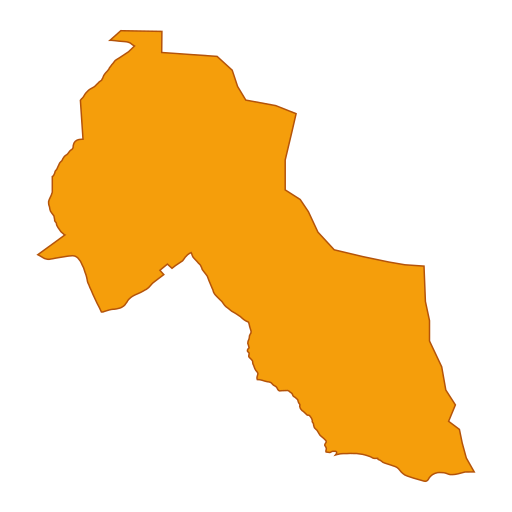 Kwadaso Municipal, Ashanti, Ghana (Albers equal-area conic projection)
{"feature_id": "2480657B94630675221037", "entity_name": "Kwadaso Municipal", "entity_type": "district", "adm_level": 2, "iso_a3": "GHA", "parent_name": "Ghana", "parent_adm1": "Ashanti", "projection": "albers", "projection_center": [-1.664, 6.667], "detail": "fine", "context": "isolated", "style": "filled", "palette": "amber", "viewbox_px": 512, "rotation_deg": 0, "n_neighbors": 0, "source": "geoboundaries", "source_scale": "gbopen_adm2", "svg_char_len": 5787}
<svg xmlns="http://www.w3.org/2000/svg" viewBox="0 0 512 512"><path d="M474.2,471.9L466.3,458.0L462.2,443.0L459.4,429.4L448.6,421.3L455.4,404.9L445.8,390.0L441.7,366.8L429.5,341.0L429.5,320.6L425.4,301.5L424.0,266.1L405.0,264.8L388.7,262.0L362.8,256.6L334.2,249.8L317.9,232.1L308.4,211.7L300.2,199.5L285.2,189.9L285.2,160.0L292.0,131.4L296.1,113.7L275.7,105.6L245.8,100.1L237.6,86.5L232.2,70.2L217.1,56.4L161.7,52.5L161.9,31.4L120.8,30.7L110.0,40.3L111.1,40.3L112.2,40.4L115.3,40.7L118.5,41.1L122.0,41.4L124.7,41.6L126.6,41.8L128.6,42.3L129.2,42.6L129.9,42.8L131.3,43.8L132.5,44.8L133.7,45.5L134.5,46.0L128.5,51.8L119.6,57.7L116.5,59.6L115.2,60.5L114.1,61.9L113.0,63.4L111.8,64.7L111.2,65.6L110.5,66.5L109.3,68.1L108.9,69.1L108.1,70.1L107.4,71.0L105.7,72.8L104.6,74.2L103.7,75.6L103.3,76.6L102.7,78.2L102.3,78.7L101.6,80.2L100.5,81.0L99.2,81.9L97.9,83.3L96.6,84.5L95.2,86.0L93.9,87.0L92.1,88.0L90.3,89.0L88.7,90.1L86.2,92.6L84.9,94.3L83.5,96.7L82.4,98.1L81.8,98.6L81.5,98.9L80.4,100.3L83.0,139.2L81.1,139.3L79.1,139.5L78.0,139.8L76.9,140.2L75.2,141.4L74.1,142.9L73.8,143.7L73.5,144.6L73.2,145.8L73.1,147.6L72.5,148.7L71.7,149.6L70.9,150.0L69.8,151.0L68.9,152.2L67.8,153.7L66.9,154.6L65.9,155.2L64.5,156.3L63.7,157.4L62.7,159.0L62.3,159.9L61.9,160.7L60.8,161.7L59.6,163.1L58.8,164.9L57.8,167.0L57.1,168.6L56.5,169.7L55.5,170.7L55.0,171.8L54.7,173.1L54.2,174.2L53.4,175.8L52.6,176.3L52.3,176.5L52.3,192.3L51.9,193.3L51.3,195.1L50.6,196.6L49.3,199.4L48.6,201.5L48.6,202.3L48.6,203.1L48.8,204.8L49.5,206.9L49.9,209.3L50.5,211.2L51.1,212.1L51.8,213.1L53.0,214.7L54.0,216.1L54.2,217.4L54.6,219.3L54.7,220.8L55.3,221.7L55.6,222.1L56.0,222.4L56.4,223.4L56.6,224.8L56.9,225.5L57.2,226.1L58.1,227.7L59.6,229.8L61.0,231.8L62.9,233.4L64.5,234.9L64.8,235.0L37.8,254.7L39.9,255.8L42.9,257.6L44.5,258.5L46.3,259.0L47.8,259.3L49.4,259.3L50.9,259.0L52.9,258.7L55.3,258.2L58.8,257.6L66.3,256.4L68.1,256.1L72.5,255.7L74.6,256.0L75.5,256.4L76.5,256.9L77.8,257.9L79.0,259.4L80.4,261.2L81.3,263.0L82.3,265.2L83.6,267.8L84.4,270.3L85.0,272.2L85.9,274.6L86.6,277.1L87.1,279.4L87.5,281.6L88.1,283.3L88.8,284.7L89.8,287.3L91.4,290.7L92.8,294.1L94.9,298.6L97.1,303.3L99.4,307.7L101.4,312.0L102.9,312.0L104.5,311.4L107.4,310.5L108.4,310.2L109.4,309.9L111.2,309.5L112.6,309.3L114.5,309.2L116.4,308.9L118.1,308.5L120.1,308.0L121.3,307.5L122.0,307.1L122.6,306.7L123.7,306.0L124.9,304.9L125.9,303.4L126.8,302.3L127.7,300.7L128.6,299.5L129.7,298.5L130.3,297.9L130.9,297.4L132.3,296.4L133.9,295.5L135.7,294.6L137.6,293.8L140.7,292.4L143.3,291.0L144.6,290.2L146.2,289.4L147.6,288.4L148.8,287.4L149.6,286.5L150.7,285.3L152.0,283.8L152.8,283.0L153.7,282.3L155.1,281.2L158.9,278.3L163.8,274.6L159.9,270.3L167.4,264.1L172.0,268.3L175.6,265.5L182.6,260.8L184.2,258.7L185.2,257.2L186.4,256.0L187.5,254.8L189.3,253.5L191.1,252.6L191.7,253.8L192.4,255.8L193.1,257.2L194.6,258.9L196.5,260.9L197.5,262.0L198.4,263.1L200.2,264.8L201.2,266.7L201.8,268.1L202.0,268.7L202.2,269.4L203.3,270.9L204.6,272.6L206.0,274.4L207.3,276.2L208.1,278.3L209.0,280.7L211.3,286.2L212.3,288.6L212.8,289.6L213.5,292.0L214.4,293.7L215.3,294.9L216.8,296.5L217.6,297.3L218.4,298.1L220.0,299.7L221.9,301.5L223.8,304.2L224.7,305.4L226.1,306.8L227.5,307.8L228.4,308.5L231.7,311.2L234.7,312.9L236.5,314.0L238.7,315.5L240.4,316.6L241.9,318.0L243.7,319.5L245.5,320.7L247.1,321.5L248.3,322.0L248.8,323.0L249.2,324.4L249.7,326.7L250.1,328.0L250.5,329.3L251.1,331.3L250.9,333.1L250.2,334.2L249.4,336.0L249.4,336.9L249.2,338.1L248.9,339.3L248.3,340.6L247.9,342.1L247.9,342.8L247.8,343.5L248.3,344.9L248.5,345.6L248.7,346.4L249.1,347.8L248.5,348.4L247.9,349.1L247.4,350.2L247.5,350.8L247.5,351.3L248.3,352.2L249.1,353.1L249.1,353.5L249.1,354.0L248.8,355.3L248.8,356.7L249.5,357.6L250.3,358.4L251.3,359.4L252.3,360.6L252.7,361.7L252.7,362.8L253.0,364.1L253.6,365.3L254.2,367.0L254.8,368.6L255.8,370.4L257.1,371.9L257.5,372.6L257.9,373.3L257.8,374.3L257.4,375.7L257.0,377.2L257.0,378.5L257.3,379.6L259.7,379.7L261.9,380.2L264.8,381.1L267.2,381.7L268.8,381.9L270.3,382.3L271.3,382.9L272.5,384.2L273.4,385.1L274.6,385.8L275.8,386.5L276.7,387.4L277.3,388.5L277.8,389.5L278.5,390.3L279.1,390.7L279.7,390.9L281.5,390.7L287.7,390.5L288.7,390.9L289.3,391.4L290.1,392.1L291.0,392.7L291.8,393.3L292.0,393.7L292.3,394.0L292.7,395.0L293.1,395.9L293.7,396.5L294.6,397.0L295.3,397.5L296.2,398.3L297.7,399.7L298.3,401.9L298.7,402.9L299.0,403.2L299.2,403.6L299.8,404.3L299.9,405.2L299.7,406.2L299.8,406.7L300.4,408.5L301.3,409.7L302.1,410.6L303.3,411.4L307.1,415.0L307.8,415.2L308.9,415.2L309.9,416.0L311.4,418.1L312.0,419.5L312.3,420.3L312.2,421.3L312.4,422.1L313.0,422.9L313.5,423.9L313.6,425.1L314.0,426.5L314.4,427.7L315.6,429.0L317.0,430.3L317.8,431.6L319.0,433.6L320.0,435.2L321.2,436.3L323.7,438.4L325.5,440.2L326.1,441.0L326.2,441.7L326.1,442.4L325.5,443.2L325.1,443.9L324.8,444.7L324.8,445.4L325.4,446.4L326.0,447.4L326.3,448.3L326.2,449.7L325.9,450.8L325.9,451.4L326.1,452.0L329.8,452.5L330.5,452.3L331.9,451.5L332.7,451.3L335.7,451.3L336.0,451.5L336.6,452.1L336.6,453.1L336.4,453.7L335.4,455.0L337.1,454.5L338.7,454.2L339.8,453.9L341.6,453.7L343.4,453.6L346.7,453.6L350.1,453.4L353.8,453.5L356.7,453.5L358.0,453.7L359.4,453.9L362.4,454.3L365.2,455.0L367.8,455.8L370.4,456.7L371.9,457.5L373.0,458.1L374.3,458.4L375.8,458.4L377.7,458.3L378.1,459.4L378.8,459.7L380.1,460.2L381.8,461.4L382.9,462.3L385.1,463.2L390.7,465.0L395.3,466.6L396.9,467.4L398.4,468.6L400.1,470.6L401.3,472.1L403.1,473.7L404.9,475.0L407.5,476.1L413.5,478.1L424.0,481.1L425.3,481.3L426.6,481.0L427.7,480.2L428.5,479.1L428.9,478.4L429.3,477.7L430.6,476.2L432.5,474.6L433.7,474.0L434.9,473.4L437.6,472.6L439.6,472.5L441.7,472.6L443.7,472.7L445.2,473.0L447.0,473.6L448.3,474.1L450.1,474.6L452.4,474.6L455.0,474.4L458.1,473.8L465.0,472.0L474.2,471.9Z" fill="#f59e0b" stroke="#b45309" stroke-width="1.5"/></svg>